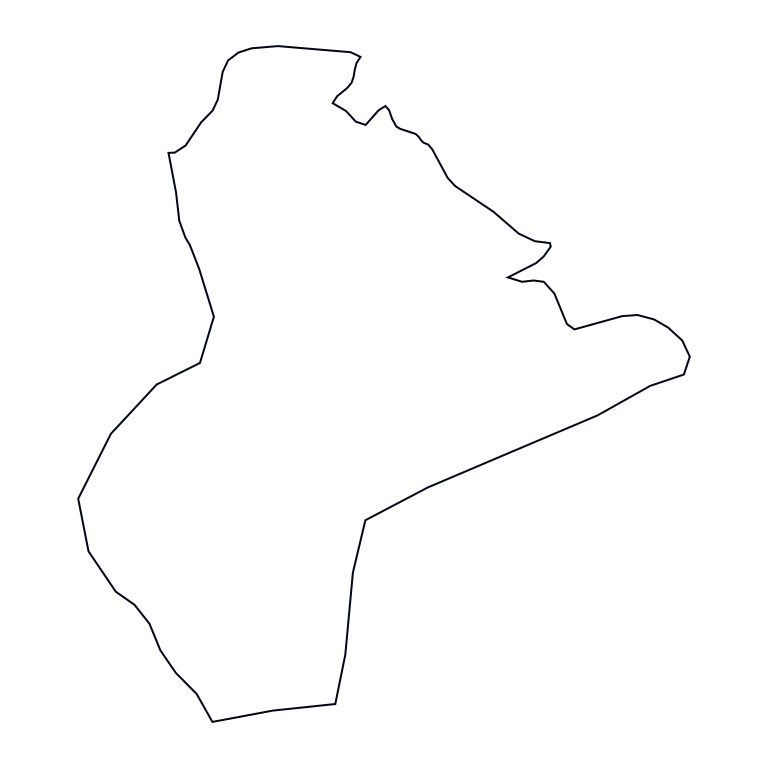 Ardahan, Equal Earth projection
{"feature_id": "TUR-4839", "entity_name": "Ardahan", "entity_type": "Province", "adm_level": 1, "iso_a3": "TUR", "parent_name": "Turkey", "parent_adm1": "", "projection": "equal_earth", "projection_center": [42.828, 41.094], "detail": "fine", "context": "isolated", "style": "outline", "palette": "ink", "viewbox_px": 768, "rotation_deg": 0, "n_neighbors": 0, "source": "natural_earth", "source_scale": "10m", "svg_char_len": 1164}
<svg xmlns="http://www.w3.org/2000/svg" viewBox="0 0 768 768"><path d="M277.9,46.1L350.6,52.2L360.5,56.9L356.4,63.3L354.7,70.1L353.6,76.9L351.5,82.9L347.3,87.9L337.0,96.4L332.7,103.2L346.0,111.0L355.9,121.7L365.7,124.9L378.5,110.4L385.4,106.0L389.2,110.4L392.1,118.9L396.4,126.6L400.3,128.9L415.7,134.0L418.8,136.9L420.9,140.0L423.5,142.7L428.1,144.5L432.1,149.1L447.7,177.9L455.2,186.1L493.5,211.8L518.7,233.6L534.8,241.2L550.0,243.1L550.7,246.7L543.7,256.5L536.1,263.1L507.9,277.4L522.1,281.8L533.6,280.5L543.8,281.8L554.4,293.6L566.9,324.0L574.4,329.4L622.3,316.1L637.5,315.0L654.0,319.4L668.2,327.6L682.3,340.6L689.8,356.7L683.9,374.5L650.1,385.9L597.7,415.3L512.8,451.3L427.9,487.4L365.4,520.2L352.9,572.6L345.3,654.7L335.3,704.0L272.7,710.6L212.4,721.9L196.7,694.0L175.8,672.9L160.4,650.4L149.5,623.8L134.6,604.9L115.8,591.7L88.5,551.3L78.2,498.7L110.9,433.8L156.7,384.5L200.0,362.9L213.9,316.7L199.2,269.0L189.9,245.1L185.4,237.6L179.3,220.9L176.0,192.2L168.5,152.9L174.8,152.6L185.6,145.5L201.2,122.3L212.6,110.6L217.8,99.6L222.7,71.9L228.0,60.5L238.5,52.5L239.2,52.3L241.4,51.6L251.6,48.3L277.9,46.1Z" fill="none" stroke="#020617" stroke-width="2"/></svg>